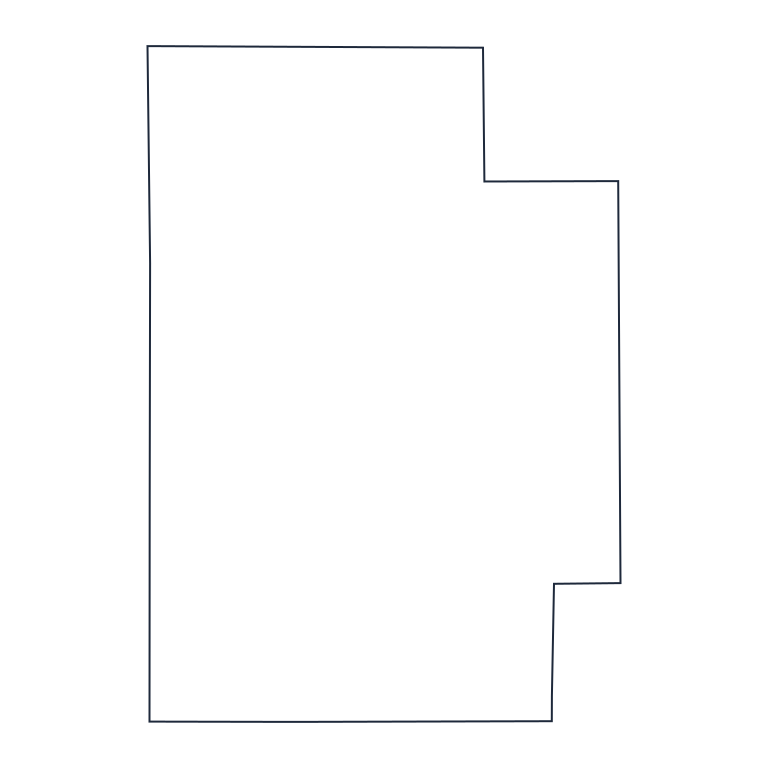 Calhoun, Mississippi, United States of America (Albers equal-area conic projection)
{"feature_id": "52423323B64202112169449", "entity_name": "Calhoun", "entity_type": "district", "adm_level": 2, "iso_a3": "USA", "parent_name": "United States of America", "parent_adm1": "Mississippi", "projection": "albers", "projection_center": [-89.309, 33.942], "detail": "fine", "context": "isolated", "style": "outline", "palette": "slate", "viewbox_px": 768, "rotation_deg": 0, "n_neighbors": 0, "source": "geoboundaries", "source_scale": "gbopen_adm2", "svg_char_len": 280}
<svg xmlns="http://www.w3.org/2000/svg" viewBox="0 0 768 768"><path d="M483.0,47.7L147.5,46.1L150.1,263.2L149.7,498.1L149.5,721.6L294.3,721.9L551.8,721.2L551.9,696.0L554.0,583.8L620.5,583.1L618.2,181.1L484.4,181.5L483.0,47.7Z" fill="none" stroke="#1e293b" stroke-width="2"/></svg>